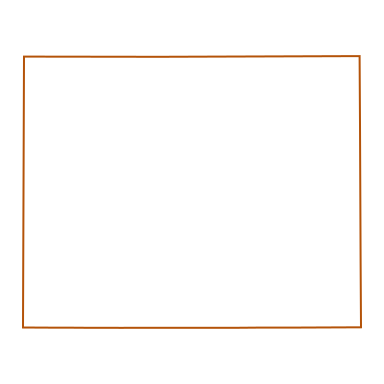 the district of Freeborn, Minnesota, United States of America
{"feature_id": "52423323B49895412889329", "entity_name": "Freeborn", "entity_type": "district", "adm_level": 2, "iso_a3": "USA", "parent_name": "United States of America", "parent_adm1": "Minnesota", "projection": "albers", "projection_center": [-93.401, 43.674], "detail": "fine", "context": "isolated", "style": "outline", "palette": "amber", "viewbox_px": 384, "rotation_deg": 0, "n_neighbors": 0, "source": "geoboundaries", "source_scale": "gbopen_adm2", "svg_char_len": 405}
<svg xmlns="http://www.w3.org/2000/svg" viewBox="0 0 384 384"><path d="M108.3,327.8L113.4,327.8L116.9,327.8L122.1,327.9L124.5,327.8L147.1,327.8L163.7,327.8L235.4,327.8L259.7,327.6L293.3,327.6L361.0,327.3L360.6,259.5L360.0,124.1L359.6,56.1L159.4,56.8L24.0,56.6L23.0,327.5L40.7,327.6L63.5,327.7L73.7,327.7L88.6,327.8L90.7,327.8L108.2,327.8L108.3,327.8Z" fill="none" stroke="#b45309" stroke-width="2"/></svg>